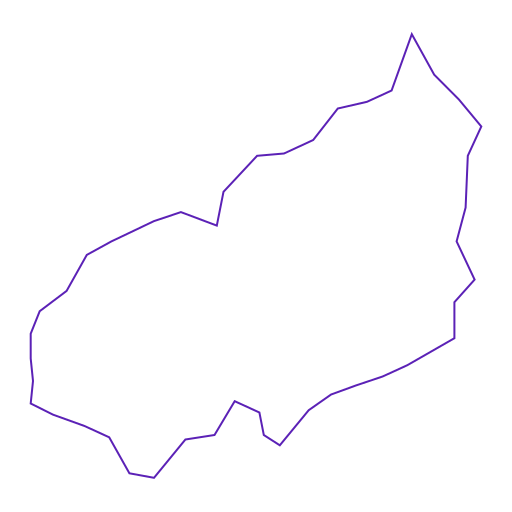 Orounta, Nicosia, Cyprus
{"feature_id": "46923920B88431983225451", "entity_name": "Orounta", "entity_type": "district", "adm_level": 2, "iso_a3": "CYP", "parent_name": "Cyprus", "parent_adm1": "Nicosia", "projection": "mercator", "projection_center": [33.08, 35.094], "detail": "fine", "context": "isolated", "style": "outline", "palette": "violet", "viewbox_px": 512, "rotation_deg": 0, "n_neighbors": 0, "source": "geoboundaries", "source_scale": "gbopen_adm2", "svg_char_len": 654}
<svg xmlns="http://www.w3.org/2000/svg" viewBox="0 0 512 512"><path d="M465.6,207.6L467.8,155.8L481.3,126.5L458.9,99.5L434.2,74.7L411.8,34.2L391.6,90.5L367.0,101.8L337.8,108.5L313.2,140.0L284.0,153.5L257.1,155.8L223.5,191.8L216.8,225.6L180.9,212.1L154.0,221.1L111.4,241.4L86.8,254.9L66.6,290.9L39.7,311.2L30.7,333.7L30.7,358.5L33.0,381.0L30.7,403.5L53.1,414.7L84.5,426.0L109.2,437.3L129.4,473.3L154.0,477.8L185.4,439.5L214.5,435.0L234.7,401.2L259.4,412.5L263.8,435.0L279.8,445.3L308.7,410.2L331.1,394.5L355.8,385.5L382.6,376.5L407.3,365.2L454.4,338.2L454.4,302.2L474.6,279.6L456.6,241.4L465.6,207.6Z" fill="none" stroke="#5b21b6" stroke-width="2"/></svg>